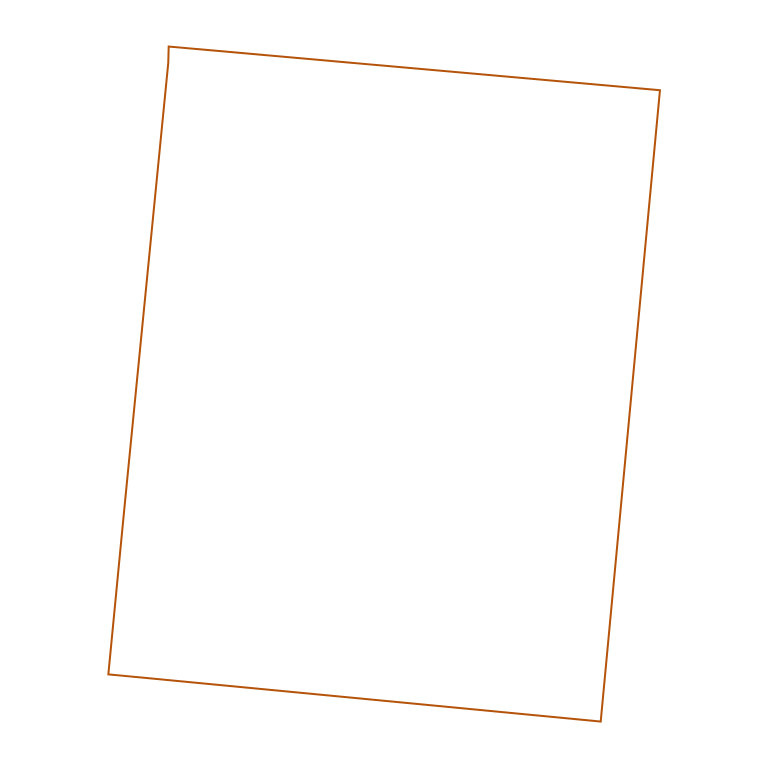 Coke, Texas, United States of America (Mercator projection), rotated 275°
{"feature_id": "52423323B55584027344898", "entity_name": "Coke", "entity_type": "district", "adm_level": 2, "iso_a3": "USA", "parent_name": "United States of America", "parent_adm1": "Texas", "projection": "mercator", "projection_center": [-100.528, 31.89], "detail": "fine", "context": "isolated", "style": "outline", "palette": "amber", "viewbox_px": 768, "rotation_deg": 275, "n_neighbors": 0, "source": "geoboundaries", "source_scale": "gbopen_adm2", "svg_char_len": 248}
<svg xmlns="http://www.w3.org/2000/svg" viewBox="0 0 768 768"><g transform="rotate(275 384 384)"><path d="M238.7,136.2L70.7,134.7L66.6,629.3L700.7,633.3L701.4,140.1L685.0,141.1L238.7,136.2Z" fill="none" stroke="#b45309" stroke-width="2"/></g></svg>